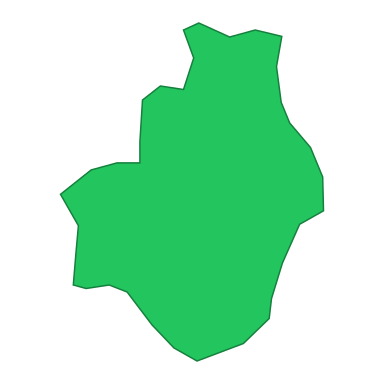 SVG path tracing the border of Vučitrn
{"feature_id": "KOS-5895", "entity_name": "Vučitrn", "entity_type": "District", "adm_level": 1, "iso_a3": "XKX", "parent_name": "Kosovo", "parent_adm1": "", "projection": "mercator", "projection_center": [20.969, 42.808], "detail": "fine", "context": "isolated", "style": "filled", "palette": "green", "viewbox_px": 384, "rotation_deg": 0, "n_neighbors": 0, "source": "natural_earth", "source_scale": "10m", "svg_char_len": 536}
<svg xmlns="http://www.w3.org/2000/svg" viewBox="0 0 384 384"><path d="M198.8,23.0L229.6,37.0L255.2,30.0L281.8,36.4L276.5,66.6L281.2,102.4L289.7,123.0L310.5,147.5L322.7,177.0L323.5,210.8L299.6,224.3L282.4,263.1L271.5,298.6L269.2,318.5L243.4,343.5L197.0,361.0L174.0,348.0L152.1,325.0L127.1,292.0L109.2,285.0L86.1,288.5L73.3,285.0L75.9,253.6L78.4,225.7L60.5,194.3L91.2,169.9L116.9,162.9L139.9,162.9L139.9,141.9L142.5,100.0L160.4,86.0L183.5,89.5L193.7,58.0L183.5,30.0L198.8,23.0Z" fill="#22c55e" stroke="#15803d" stroke-width="1.5"/></svg>